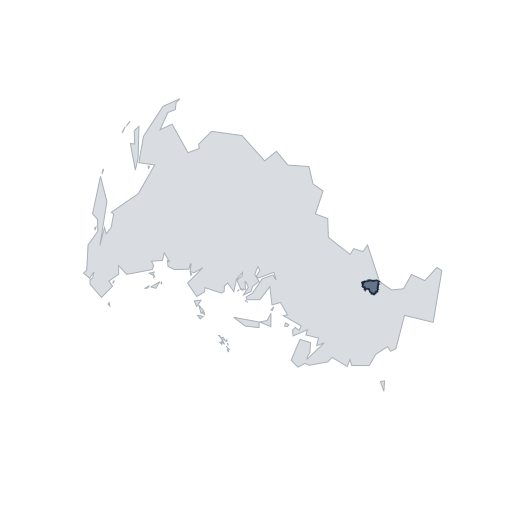 location of Samara within Russia, rotated 247°
{"feature_id": "RUS-2392", "entity_name": "Samara", "entity_type": "Region", "adm_level": 1, "iso_a3": "RUS", "parent_name": "Russia", "parent_adm1": "", "projection": "orthographic", "projection_center": [50.566, 53.218], "detail": "fine", "context": "in_parent", "style": "filled", "palette": "slate", "viewbox_px": 512, "rotation_deg": 247, "n_neighbors": 0, "source": "natural_earth", "source_scale": "10m", "svg_char_len": 7411}
<svg xmlns="http://www.w3.org/2000/svg" viewBox="0 0 512 512"><g transform="rotate(247 256 256)"><path d="M430.1,228.8L430.5,247.4L428.5,242.5L422.3,238.9L422.5,230.9L409.7,217.0L410.1,230.3L377.7,233.7L377.1,245.8L381.4,247.0L388.1,263.8L372.4,290.1L340.2,301.1L344.4,315.8L327.2,320.9L317.7,339.7L300.0,336.6L289.7,343.1L271.5,327.1L262.5,336.7L244.9,329.9L220.7,343.2L224.6,348.8L218.2,356.2L222.6,363.0L184.4,359.7L171.7,367.6L168.2,379.0L178.2,391.9L167.3,401.8L174.8,418.0L170.0,421.4L125.7,393.2L143.3,369.5L116.0,348.5L115.7,342.7L121.2,341.7L118.7,327.8L110.9,317.4L117.8,301.3L124.0,302.1L118.6,296.8L132.9,286.4L130.5,280.8L134.5,262.6L138.0,259.0L137.3,251.2L146.3,247.6L162.0,263.9L155.0,272.5L146.0,267.8L143.3,263.9L141.2,262.9L149.4,284.9L149.7,276.8L156.1,281.5L163.8,271.1L168.0,274.5L168.0,259.0L173.4,260.6L174.9,264.3L170.7,266.6L174.0,270.3L190.5,257.8L189.5,262.0L203.7,260.4L204.7,251.6L222.4,256.8L214.3,242.6L219.4,230.4L222.1,230.9L223.0,238.0L232.6,252.9L232.0,264.1L226.2,265.1L234.0,266.1L234.8,249.8L237.1,248.2L241.4,254.0L245.4,253.5L239.6,247.7L231.4,248.9L229.4,241.2L225.2,237.4L225.0,229.2L230.2,236.7L235.6,236.6L236.7,236.0L229.2,233.1L232.0,229.0L241.2,229.0L243.0,235.3L246.1,237.1L242.0,228.8L231.9,221.7L242.1,219.4L240.9,215.3L235.8,212.8L235.5,209.5L246.8,196.6L243.1,194.6L241.9,185.6L257.8,182.4L266.0,202.4L264.8,192.2L267.5,189.4L273.1,192.7L274.1,193.0L274.5,192.6L270.0,189.2L275.4,175.6L280.8,171.0L286.6,172.7L284.2,174.3L294.6,172.7L288.5,168.1L292.0,157.8L287.2,158.1L284.1,155.1L289.6,129.8L300.8,125.8L292.9,122.5L290.4,110.8L284.3,112.1L278.2,97.6L294.8,92.2L299.1,94.0L299.5,97.1L304.7,100.6L300.5,94.2L307.6,90.6L309.2,94.7L331.9,105.8L340.4,119.9L351.7,124.5L358.6,122.0L390.1,144.0L364.3,140.0L326.7,116.4L341.3,127.6L335.0,126.9L338.9,133.9L350.3,141.4L352.8,139.9L359.4,172.0L379.4,198.3L387.7,184.6L410.2,199.3L430.1,228.8ZM208.3,211.5L194.0,233.1L188.9,230.8L195.7,218.7L208.3,211.5ZM382.3,178.5L408.6,184.3L406.5,188.1L418.9,192.9L421.1,198.9L392.5,185.9L382.3,178.5ZM185.2,242.1L193.7,233.7L192.3,240.9L197.4,247.4L185.2,242.1ZM269.9,157.4L265.4,151.2L268.6,147.1L269.9,157.4ZM224.7,183.0L233.2,184.2L225.7,186.5L224.7,183.0ZM219.8,180.1L224.2,179.0L221.1,183.8L219.8,180.1ZM232.7,181.7L238.8,181.6L236.8,188.2L232.7,181.7ZM270.4,146.3L268.8,143.5L269.7,140.7L270.4,146.3ZM81.5,320.8L91.8,321.5L90.8,325.6L81.5,320.8ZM182.1,194.2L184.7,193.3L179.7,195.2L182.1,194.2ZM278.5,153.7L281.9,151.0L281.0,156.0L278.5,153.7ZM183.0,256.9L180.0,259.4L178.7,257.6L180.2,255.0L183.0,256.9ZM186.9,192.5L189.1,191.4L190.4,192.4L186.9,192.5ZM194.5,191.6L193.9,194.0L192.1,193.4L192.2,192.0L194.5,191.6ZM196.9,191.6L194.9,191.6L197.4,190.6L196.9,191.6ZM200.4,248.6L202.4,252.7L199.5,249.8L200.4,248.6ZM224.6,184.4L224.2,186.3L222.2,185.6L224.6,184.4ZM188.0,189.9L190.7,189.0L189.9,190.6L188.0,189.9ZM269.5,100.9L270.6,102.7L267.1,101.9L269.5,100.9ZM180.0,192.8L181.8,193.6L178.1,193.5L180.0,192.8ZM219.1,229.0L216.5,230.3L219.0,228.7L219.1,229.0ZM263.6,188.5L266.4,189.1L264.1,189.8L263.6,188.5ZM286.6,113.4L288.6,114.8L288.3,115.8L286.6,113.4ZM191.4,194.8L189.9,194.2L192.3,194.6L191.4,194.8ZM190.5,190.7L191.5,192.1L189.8,191.3L190.5,190.7ZM421.4,180.7L423.3,182.4L426.1,186.2L421.4,180.7ZM189.0,194.9L190.2,196.3L188.9,196.2L189.0,194.9ZM231.5,228.6L230.1,230.5L229.6,230.5L231.5,228.6ZM344.7,118.2L345.2,120.1L343.2,118.2L344.7,118.2ZM276.2,153.5L278.2,154.5L276.7,154.7L276.2,153.5ZM378.2,191.1L380.8,191.9L380.1,192.9L378.2,191.1ZM391.7,146.1L395.6,149.1L394.8,149.4L391.7,146.1ZM186.9,195.4L185.7,196.0L185.3,195.5L186.9,195.4ZM231.1,225.0L231.6,226.9L231.0,226.6L231.1,225.0ZM268.2,158.0L269.4,159.1L266.8,158.2L268.2,158.0ZM428.9,192.3L426.1,187.2L429.4,192.7L428.9,192.3Z" fill="#d9dde1" stroke="#a8b0b8" stroke-width="1"/><path d="M186.4,342.1L186.5,342.2L186.4,342.5L186.5,342.6L186.8,342.6L186.9,342.3L187.0,342.4L187.4,342.7L187.5,342.8L187.9,342.9L188.0,342.9L188.3,342.9L188.4,343.1L188.4,343.3L188.3,343.5L188.5,343.5L188.8,343.7L188.8,343.9L188.9,344.0L189.0,344.0L189.0,343.9L188.9,343.9L189.0,343.7L189.3,343.6L189.3,343.4L189.6,343.4L189.8,343.3L189.8,343.5L190.0,343.5L190.0,343.3L190.0,343.2L190.2,343.3L190.3,343.3L190.3,343.6L190.4,343.8L190.4,344.1L190.0,344.1L189.8,344.1L189.6,344.1L189.3,344.3L189.7,344.5L189.8,344.7L189.8,344.8L189.8,345.0L189.6,345.1L189.5,345.3L189.9,345.3L190.0,345.3L190.1,345.5L190.3,345.6L190.3,345.8L190.1,346.0L189.9,346.2L190.0,346.3L190.1,346.5L190.0,346.8L189.9,347.1L189.8,347.3L189.7,347.7L189.6,348.0L189.4,348.3L189.3,348.7L189.3,348.8L189.1,348.8L189.0,349.0L189.0,349.3L189.2,349.6L189.4,349.7L189.4,349.8L189.3,350.1L189.2,350.3L189.3,350.4L189.3,350.5L189.2,350.7L189.2,350.8L189.2,351.0L188.9,351.1L189.0,351.3L189.3,351.3L189.2,351.5L188.9,351.7L189.0,352.0L188.9,352.1L188.7,352.2L188.5,352.4L188.3,352.5L188.1,352.7L188.1,352.8L187.8,352.8L187.7,353.0L187.8,353.2L187.9,353.3L187.9,353.5L187.9,353.8L187.8,354.0L187.7,354.1L187.3,354.0L187.3,353.9L187.1,354.0L187.0,354.3L187.1,354.6L186.9,354.6L186.9,354.9L186.9,355.0L187.0,355.1L187.2,355.3L187.1,355.5L186.9,355.6L186.9,355.8L186.7,356.0L186.7,356.5L186.8,356.6L186.7,357.4L186.5,357.6L185.7,358.3L185.4,358.5L185.2,358.7L184.8,358.9L184.3,359.5L184.2,359.3L184.2,359.2L184.2,358.7L184.1,358.4L183.9,358.3L183.6,358.3L183.5,358.2L183.4,358.1L183.0,358.1L182.9,358.0L182.8,357.8L182.7,357.7L182.6,357.9L182.3,357.8L182.2,357.9L182.2,357.7L182.3,357.4L182.0,357.2L181.8,357.1L181.7,357.0L181.7,356.9L181.4,357.0L180.8,356.9L180.6,356.4L180.4,356.5L180.3,356.4L180.2,356.1L180.2,355.9L180.0,355.7L179.8,355.7L179.8,355.9L179.8,356.0L179.7,356.1L179.5,355.9L179.5,355.7L179.4,355.6L179.2,355.7L179.2,355.4L179.2,355.2L178.7,355.0L178.2,355.1L177.9,355.1L177.7,355.2L177.7,355.4L177.5,355.5L177.4,355.1L177.4,354.8L177.3,354.7L177.0,354.6L176.9,354.3L176.9,354.2L176.6,354.1L176.3,353.9L176.2,353.9L175.7,354.0L175.6,353.9L175.6,353.7L175.8,353.6L175.9,353.3L176.3,353.0L176.4,352.9L176.5,352.7L176.4,352.3L176.3,352.1L175.8,352.2L175.7,352.1L175.7,351.7L175.4,351.6L175.3,352.0L175.2,352.0L175.0,351.7L174.9,351.6L175.0,351.5L175.0,351.4L175.2,351.1L174.9,350.9L174.8,350.7L174.8,350.4L174.7,350.3L174.6,350.1L174.4,349.9L174.3,349.7L174.5,349.5L174.5,349.4L174.7,349.1L174.8,349.1L175.1,349.1L175.3,349.4L175.4,349.2L175.5,349.2L175.6,349.3L175.8,349.2L175.8,348.8L175.9,348.7L176.1,348.5L175.8,348.4L175.7,348.3L175.7,348.1L175.8,348.0L176.0,348.2L176.5,348.1L176.4,347.9L176.2,347.6L176.2,347.4L176.3,347.4L176.7,347.6L177.6,347.8L177.8,347.4L178.1,347.0L178.2,346.9L179.1,347.1L179.3,347.0L179.3,346.9L179.6,346.9L180.1,347.0L180.3,347.2L180.7,347.1L180.8,347.0L180.7,346.9L180.8,346.9L181.0,346.8L181.0,347.0L181.6,347.2L181.8,347.1L181.8,346.9L181.7,346.8L181.5,346.7L181.5,346.4L181.8,346.3L181.9,346.2L182.0,346.1L182.3,345.9L182.4,345.7L182.3,345.4L182.5,344.8L182.5,344.4L182.3,343.8L182.4,343.6L182.1,343.6L182.1,343.3L182.0,343.2L181.9,343.1L182.0,343.1L182.4,343.1L182.5,343.5L182.8,343.4L183.0,343.2L183.0,343.3L183.1,343.6L183.3,343.7L183.3,343.9L183.4,344.0L183.5,344.1L183.8,343.8L183.9,343.7L184.0,343.6L184.4,343.9L184.7,343.9L184.8,344.0L184.9,343.9L185.1,343.6L185.1,343.4L185.1,343.1L185.1,342.9L185.4,342.9L185.5,342.7L185.7,342.3L185.8,342.2L186.0,342.3L186.4,342.1ZM189.6,349.7L189.8,349.8L189.7,349.9L189.7,350.0L189.5,349.9L189.6,349.7L189.6,349.7Z" fill="#64748b" stroke="#1e293b" stroke-width="1.5"/></g></svg>